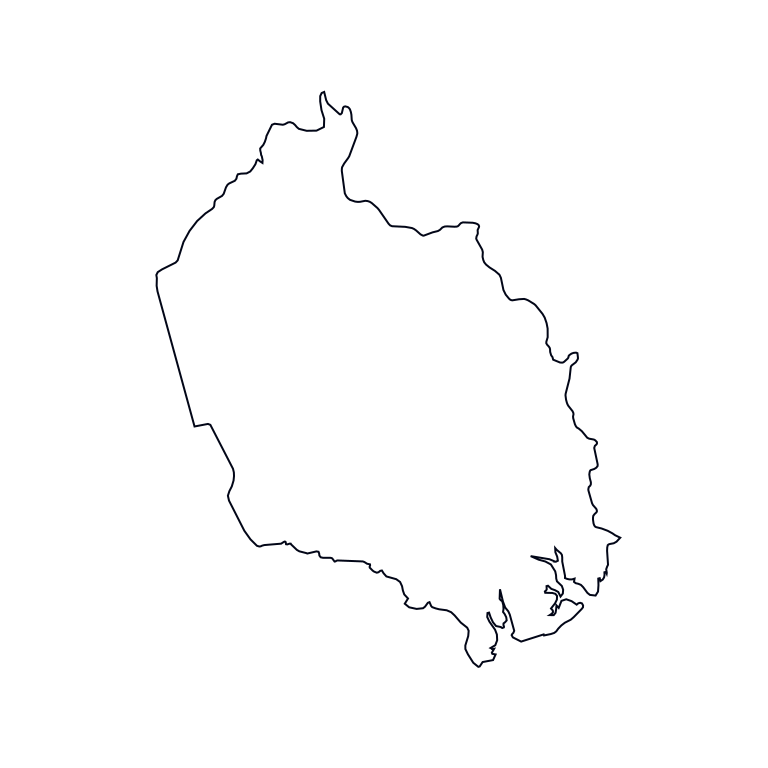 SVG path tracing the border of Northern, rotated 255°
{"feature_id": "SLE-762", "entity_name": "Northern", "entity_type": "Province", "adm_level": 1, "iso_a3": "SLE", "parent_name": "Sierra Leone", "parent_adm1": "", "projection": "mercator", "projection_center": [-12.175, 9.121], "detail": "fine", "context": "isolated", "style": "outline", "palette": "ink", "viewbox_px": 768, "rotation_deg": 255, "n_neighbors": 0, "source": "natural_earth", "source_scale": "10m", "svg_char_len": 6152}
<svg xmlns="http://www.w3.org/2000/svg" viewBox="0 0 768 768"><g transform="rotate(255 384 384)"><path d="M532.1,189.2L537.7,189.8L545.1,192.0L548.2,192.3L550.6,194.4L552.2,199.4L555.2,214.1L556.8,216.7L573.1,227.1L582.2,235.8L589.8,245.7L595.0,255.7L597.6,263.3L598.9,265.4L600.2,266.2L603.7,267.5L605.2,268.7L606.1,270.4L607.6,276.2L609.2,278.4L614.9,282.3L617.0,284.5L617.8,286.4L618.9,292.5L620.5,294.6L622.7,295.7L624.4,297.1L624.2,300.3L623.0,305.8L623.9,309.8L626.3,313.1L629.6,316.7L633.0,319.0L633.5,320.2L631.1,321.9L629.0,323.8L631.7,324.7L635.6,324.9L637.0,324.6L639.2,324.9L641.5,324.9L643.6,325.4L646.2,329.3L648.8,331.6L651.8,333.6L654.0,334.7L663.4,342.9L663.7,345.7L660.6,353.4L660.6,355.3L661.5,359.1L661.2,361.1L659.4,363.7L657.1,365.2L654.7,366.3L652.5,367.8L648.6,374.8L646.2,384.4L647.8,392.5L655.7,394.9L664.7,394.5L673.5,395.5L678.6,396.9L681.2,399.1L681.6,401.8L673.1,401.6L669.3,402.4L656.0,411.0L655.7,411.9L656.6,413.4L661.6,416.1L662.2,417.1L662.2,418.4L660.9,420.7L659.6,421.6L658.1,422.2L655.2,422.4L652.5,422.2L647.5,421.2L646.2,421.2L644.8,421.4L638.3,423.2L635.7,423.5L634.0,423.3L632.7,423.0L629.8,421.3L612.9,409.3L611.4,407.7L607.3,402.6L604.2,399.6L602.8,399.0L600.8,398.4L578.3,395.5L575.1,396.2L573.0,397.1L570.7,398.8L567.7,403.3L566.8,405.5L566.2,407.9L565.8,413.4L564.9,415.6L563.7,417.4L562.1,418.9L555.7,423.2L553.6,424.2L537.6,429.9L535.6,431.0L534.3,432.7L530.3,445.2L527.4,451.4L526.0,453.1L524.1,454.7L519.1,458.0L517.4,459.8L517.0,460.7L517.9,470.2L517.8,475.7L518.4,477.9L520.1,480.9L520.4,483.4L519.9,485.9L517.7,492.7L517.2,495.0L517.3,496.2L517.8,497.2L519.0,499.0L519.5,500.0L519.7,502.0L516.8,511.4L515.5,514.0L514.2,515.7L513.1,516.5L511.8,516.7L510.9,516.3L508.5,514.3L505.2,513.6L504.2,513.0L502.6,511.6L500.6,510.7L499.4,510.8L488.4,513.6L485.8,513.6L481.3,512.1L478.1,512.0L475.6,512.3L472.9,513.5L469.3,516.1L464.5,520.5L459.6,523.8L456.3,524.4L443.9,523.7L438.8,524.7L434.0,526.9L432.7,527.8L432.1,528.6L431.6,529.6L430.9,536.4L429.9,541.4L428.9,543.1L427.4,545.0L422.3,549.8L420.8,550.8L410.6,555.3L406.5,556.4L400.7,556.8L395.2,556.4L386.8,554.2L382.9,551.8L381.4,551.3L379.8,551.7L377.5,552.9L376.0,553.4L374.7,553.4L371.9,552.8L368.4,552.9L366.4,553.7L363.7,553.7L359.2,559.6L358.5,561.7L358.5,562.8L358.9,563.9L361.0,568.0L361.7,568.8L363.5,569.8L364.0,570.7L364.8,572.9L365.0,575.1L364.6,577.6L363.7,578.8L359.5,578.2L358.3,577.9L357.4,577.2L355.3,574.8L353.5,570.4L352.9,569.5L352.0,568.8L341.2,564.6L327.7,557.0L326.2,556.4L321.8,555.8L318.6,555.8L316.7,556.0L315.2,556.4L308.9,559.1L307.0,559.4L305.7,559.2L303.7,558.2L302.0,557.9L295.7,558.0L293.6,558.4L292.1,559.0L290.5,560.6L287.2,562.9L279.5,566.4L278.1,568.0L276.0,572.4L274.9,573.5L272.8,574.6L271.6,574.4L270.7,573.7L269.7,571.7L267.8,570.5L251.1,569.6L249.5,569.1L248.2,567.4L247.5,565.1L247.3,561.2L246.6,560.4L245.6,559.8L243.5,558.9L239.7,558.4L235.6,558.4L233.7,557.9L232.5,557.0L231.4,555.1L229.4,554.1L228.1,553.9L215.0,554.1L213.0,554.5L208.5,556.7L206.9,556.9L205.7,556.6L205.0,555.9L203.9,553.8L202.6,552.1L201.1,551.4L199.1,550.8L195.0,550.3L192.9,550.5L191.5,551.1L190.8,551.9L188.1,556.8L184.3,562.1L180.6,566.0L178.1,568.1L174.4,572.4L171.5,567.8L170.7,564.7L171.0,560.7L170.9,559.4L170.4,558.4L168.3,557.3L165.1,556.3L151.4,553.6L149.9,552.3L147.6,550.7L143.9,550.3L143.2,550.0L145.1,549.7L145.1,548.2L142.5,547.6L140.2,546.5L138.5,544.7L137.6,542.1L140.6,542.1L140.6,540.6L134.2,539.1L128.1,537.0L124.9,533.6L127.0,528.3L129.6,526.4L136.2,523.8L139.0,522.2L140.7,520.0L142.0,517.6L143.7,516.3L146.7,517.7L146.6,515.1L147.2,512.7L148.3,510.5L149.7,508.6L151.8,509.2L166.3,510.2L170.5,511.3L172.9,511.6L174.7,511.0L179.1,507.9L181.2,506.9L177.1,506.0L172.4,506.6L168.3,506.2L167.8,503.7L167.7,503.9L171.9,498.5L179.8,481.1L174.3,487.9L170.8,493.9L166.5,498.5L158.7,500.9L154.8,500.7L151.5,500.0L148.6,500.0L142.9,503.5L138.9,503.8L135.3,502.5L133.0,499.5L138.0,498.5L140.6,495.8L142.8,492.6L146.7,490.2L146.7,488.7L143.5,488.0L142.7,487.2L142.0,485.7L140.6,485.7L138.6,492.5L137.0,495.2L134.5,496.3L131.0,495.2L127.9,492.5L123.9,487.2L121.6,488.4L119.9,488.2L118.7,486.7L117.9,484.3L116.8,488.1L118.6,490.5L121.9,492.0L125.5,493.3L122.5,494.8L128.6,499.3L128.9,504.3L125.7,509.0L121.0,513.0L121.9,514.9L121.9,516.8L120.9,518.4L118.6,519.0L116.8,518.4L115.5,516.7L109.7,506.9L108.0,503.4L106.6,496.9L104.9,492.8L102.6,489.0L100.5,486.4L99.5,484.0L99.3,480.4L99.7,473.5L100.8,473.4L99.7,449.8L105.9,442.9L108.4,442.3L109.3,443.1L110.1,444.5L111.9,445.9L128.8,445.8L132.3,445.2L136.7,443.2L143.1,442.6L155.7,442.9L146.6,440.1L145.1,440.7L143.5,442.0L139.7,442.0L135.7,441.2L133.0,440.0L130.6,441.0L127.1,441.7L123.9,441.3L122.5,439.2L121.8,437.5L120.3,437.0L118.7,437.1L117.9,436.8L117.7,435.1L118.3,434.4L119.0,434.0L121.2,429.6L125.6,427.6L131.0,426.6L136.0,426.3L136.0,424.7L132.2,423.4L127.2,424.3L117.9,427.7L112.8,428.2L107.2,427.0L102.9,423.9L101.4,418.6L100.5,419.6L100.0,419.7L99.8,420.1L99.7,421.8L96.5,418.6L95.3,418.8L93.9,421.8L89.1,417.9L89.9,407.3L86.4,403.3L86.4,401.9L91.6,398.1L101.2,395.1L106.9,394.0L110.4,394.9L118.7,400.1L123.7,401.9L127.1,401.3L133.7,396.4L142.2,392.3L146.2,389.8L149.2,386.0L152.1,379.0L153.9,375.8L156.0,372.8L157.3,372.1L161.5,371.5L161.3,369.7L158.3,366.0L157.3,363.7L158.3,357.3L161.8,350.5L166.4,347.2L170.6,351.7L175.5,349.1L179.7,348.8L184.0,349.1L188.6,348.3L192.3,345.3L197.5,336.5L201.3,334.6L204.4,333.7L204.5,332.0L203.6,330.0L203.6,328.2L205.3,325.9L206.6,324.8L210.3,322.7L211.2,322.8L212.3,323.6L213.4,323.8L214.8,321.1L217.1,319.0L218.1,317.6L225.6,293.4L225.6,292.3L225.2,291.3L225.3,290.3L228.3,289.1L229.0,288.8L229.5,288.2L230.0,287.2L232.0,279.9L233.0,278.0L235.0,277.2L237.2,277.5L238.9,277.3L239.8,275.4L240.1,266.0L240.7,265.3L244.3,258.9L246.3,256.9L253.2,252.7L253.9,252.6L254.2,251.7L254.1,249.0L254.6,247.9L256.8,248.1L257.5,247.5L257.4,246.4L256.4,243.3L259.4,226.7L259.4,224.4L259.1,222.9L259.3,221.5L260.6,219.4L268.5,214.8L278.4,211.1L311.5,204.1L316.5,204.3L320.5,206.9L324.5,210.5L329.7,213.7L333.9,215.3L337.5,216.1L341.2,216.2L389.5,205.7L391.0,203.6L392.0,190.0L532.1,189.2Z" fill="none" stroke="#020617" stroke-width="2"/></g></svg>